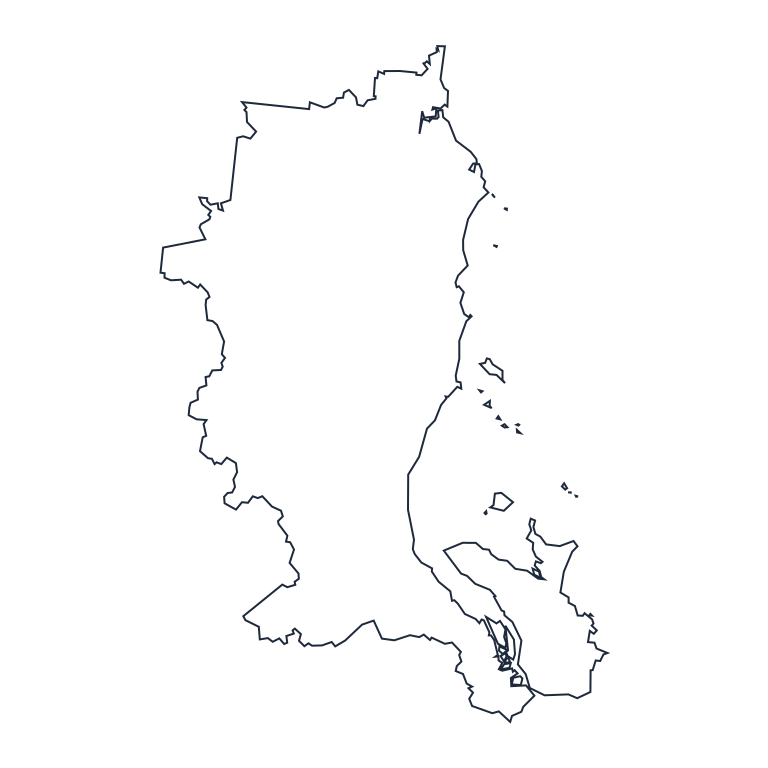 Cassowary Coast, Queensland, Australia (Mercator projection)
{"feature_id": "25037944B15390433377666", "entity_name": "Cassowary Coast", "entity_type": "district", "adm_level": 2, "iso_a3": "AUS", "parent_name": "Australia", "parent_adm1": "Queensland", "projection": "mercator", "projection_center": [145.98, -17.968], "detail": "fine", "context": "isolated", "style": "outline", "palette": "slate", "viewbox_px": 768, "rotation_deg": 0, "n_neighbors": 0, "source": "geoboundaries", "source_scale": "gbopen_adm2", "svg_char_len": 6122}
<svg xmlns="http://www.w3.org/2000/svg" viewBox="0 0 768 768"><path d="M309.9,102.3L309.1,109.1L242.1,102.1L246.5,107.6L244.4,109.9L246.5,112.1L247.0,122.0L256.1,131.6L250.4,138.6L243.1,136.3L237.2,137.8L230.4,200.0L220.9,203.3L223.0,210.6L218.4,209.0L217.8,203.3L210.5,204.7L207.1,201.2L207.2,198.2L199.3,197.4L202.2,204.2L211.1,211.0L208.3,214.9L210.3,216.9L209.4,219.3L200.8,224.3L199.5,227.5L205.4,239.3L163.1,247.6L160.5,272.7L164.6,273.2L164.5,277.7L171.0,280.3L181.1,279.7L184.0,283.8L188.7,281.5L197.9,287.7L200.2,284.5L207.7,292.4L209.5,297.0L206.2,299.5L205.6,304.9L207.4,320.2L212.5,321.0L217.0,324.9L224.1,341.5L221.8,354.2L225.0,357.9L221.4,362.9L222.7,366.7L221.0,370.0L212.3,370.4L209.3,376.3L205.6,377.0L206.4,385.4L199.4,387.9L197.5,391.7L197.9,399.6L190.6,402.8L189.4,407.3L188.7,415.2L196.6,419.3L206.5,420.1L203.6,424.1L206.2,435.8L202.7,437.3L200.0,451.2L208.0,458.2L211.9,458.8L214.6,464.1L216.6,462.3L221.3,464.1L226.8,457.6L235.9,463.1L237.1,472.2L233.4,479.6L235.0,486.9L232.1,492.5L227.6,493.0L224.1,496.8L224.6,503.3L236.0,509.6L242.0,502.2L248.0,502.8L252.8,496.3L257.8,498.1L262.3,496.2L272.0,506.6L281.0,510.7L282.8,516.4L278.0,521.1L278.6,524.1L287.4,535.7L286.0,541.6L290.2,542.3L294.0,549.5L289.6,562.9L298.5,573.5L298.8,578.8L294.6,581.8L295.3,584.8L287.3,587.2L282.3,584.6L243.3,616.2L245.5,620.2L258.8,626.8L259.8,639.4L267.9,638.1L272.7,641.8L279.3,638.4L284.2,644.0L287.2,642.7L286.4,636.0L293.8,633.6L292.6,630.4L294.8,628.6L300.9,634.1L299.0,640.8L304.4,646.2L308.5,643.3L312.0,645.7L322.1,645.4L331.7,642.0L335.2,646.4L345.2,640.5L362.1,624.6L373.7,620.6L381.9,638.6L394.3,640.3L410.0,635.2L419.2,637.1L423.8,634.6L430.0,640.0L431.6,637.6L444.9,643.8L452.0,642.5L460.9,651.9L459.2,655.0L461.4,661.6L456.8,666.0L455.7,671.0L463.0,674.0L466.7,683.6L472.1,686.6L468.5,688.2L473.0,692.6L469.2,698.8L472.1,706.0L492.3,713.2L498.8,711.4L510.2,721.9L512.0,715.9L521.3,711.8L523.3,706.8L534.4,695.7L526.0,685.4L511.3,686.2L510.9,678.0L517.6,673.4L514.6,670.2L512.9,671.7L512.1,668.4L502.2,670.7L498.9,669.2L502.3,662.9L498.6,660.5L498.4,656.4L495.3,656.7L497.8,654.9L494.2,640.1L491.0,635.4L488.8,635.4L489.4,632.4L483.9,620.4L481.6,619.5L479.4,623.2L475.7,619.0L464.9,614.0L457.8,603.6L454.3,600.2L452.0,600.8L450.3,591.3L438.6,581.7L431.8,571.5L432.1,568.4L421.3,562.5L414.7,554.0L412.8,549.1L414.0,539.7L408.0,509.8L408.2,474.6L419.1,456.9L427.0,428.6L435.0,420.3L441.1,404.9L446.5,398.3L445.6,396.5L448.2,396.8L457.3,386.8L461.3,388.7L460.6,382.4L456.5,381.5L455.7,375.7L459.3,358.8L459.3,340.8L466.3,321.3L471.6,316.3L470.3,315.0L468.8,317.2L464.2,314.0L460.4,302.8L463.8,292.3L458.9,286.3L456.7,287.2L455.5,282.5L458.0,275.7L467.7,265.5L463.2,250.2L463.1,239.9L468.1,219.0L478.4,201.7L488.4,192.5L483.6,187.3L485.2,181.3L481.3,176.9L481.9,171.0L479.1,164.1L475.4,164.4L474.0,172.0L469.2,169.6L473.1,163.6L476.9,163.3L476.4,159.1L470.7,151.8L456.0,140.6L448.6,121.8L443.2,117.3L442.4,110.1L437.9,110.6L438.6,117.1L437.0,118.7L431.8,118.6L429.8,121.0L428.8,121.0L422.5,119.0L419.4,133.9L422.2,111.2L424.2,117.7L435.7,116.4L436.4,108.2L432.4,109.6L433.0,107.2L440.5,108.5L444.7,104.6L447.4,106.6L448.0,90.9L444.1,88.0L440.5,79.4L444.9,46.3L437.3,46.1L438.3,50.3L436.6,49.0L436.8,52.1L429.0,55.6L429.8,64.0L426.8,61.3L424.0,63.8L422.9,62.6L427.6,68.9L421.6,75.3L416.3,74.8L416.5,72.6L400.0,71.0L384.3,71.1L384.1,73.9L378.3,71.4L377.2,78.2L375.0,78.0L373.8,96.1L375.6,96.3L375.5,98.8L367.6,100.3L363.4,106.1L357.4,104.7L356.0,97.4L348.9,89.9L343.9,92.6L343.1,97.7L336.7,98.3L334.6,103.0L327.6,106.8L324.2,107.5L309.9,102.3ZM544.2,579.3L538.1,578.6L527.1,570.7L515.3,568.8L507.2,560.8L498.6,559.6L491.3,554.3L489.0,549.7L482.9,549.0L475.9,542.9L462.7,542.8L443.8,550.6L461.1,573.6L467.1,575.9L475.2,583.8L489.9,589.8L495.4,596.1L494.0,596.7L501.6,610.5L504.1,611.5L504.5,615.3L512.4,622.0L521.4,640.6L517.9,664.4L525.7,674.1L529.8,688.0L544.6,695.3L568.4,694.4L577.2,698.2L590.4,692.0L590.6,670.3L592.7,670.1L595.7,660.5L600.2,661.0L603.4,654.5L607.5,653.0L596.5,648.5L594.5,642.7L588.0,642.1L589.8,630.9L593.8,633.8L596.8,630.4L591.7,625.6L593.5,623.5L592.1,619.4L584.6,613.2L582.8,615.8L577.7,615.5L574.9,606.0L568.6,602.7L568.6,597.4L560.4,592.5L563.8,571.8L572.2,551.7L577.5,546.3L573.5,541.0L559.8,546.1L546.1,544.4L540.3,536.6L535.4,533.9L533.4,527.0L535.1,520.5L530.7,518.7L529.3,524.3L531.3,530.4L526.7,538.5L533.2,542.8L532.7,549.4L535.9,556.6L542.5,561.8L540.8,563.2L535.9,561.4L534.7,565.5L539.7,571.0L541.2,577.1L544.2,579.3ZM505.5,629.4L500.0,620.9L496.5,623.4L486.1,616.9L497.9,643.7L505.3,647.8L506.3,643.2L504.1,636.9L505.5,629.4ZM490.3,507.4L503.8,510.8L513.0,502.2L501.4,492.9L494.9,493.6L493.5,505.1L490.3,507.4ZM496.5,374.9L505.0,383.1L502.5,380.0L502.5,370.8L492.6,364.3L489.8,359.2L486.9,358.4L485.1,362.9L479.9,363.9L489.6,374.2L496.5,374.9ZM508.0,650.4L506.0,652.4L507.8,656.1L513.2,659.6L515.0,654.1L513.9,639.5L505.4,625.8L508.0,650.4ZM522.4,678.4L520.2,676.2L513.3,677.8L511.7,684.4L520.8,685.0L522.4,678.4ZM507.4,650.1L499.4,646.4L499.0,650.6L502.7,654.0L507.4,650.1ZM509.4,667.9L510.8,663.1L504.2,664.2L500.8,669.3L509.4,667.9ZM532.6,568.6L534.3,574.7L540.7,577.8L538.9,571.5L532.6,568.6ZM504.0,661.4L506.6,656.3L505.4,653.2L500.6,656.0L504.0,661.4ZM484.1,404.8L491.7,408.1L489.6,406.0L489.9,400.9L484.1,404.8ZM505.2,663.4L510.0,661.8L508.5,658.3L506.0,658.7L505.2,663.4ZM561.9,486.4L565.2,489.6L567.1,488.2L564.1,483.3L561.9,486.4ZM501.9,425.7L504.6,427.5L507.4,427.2L504.5,424.2L501.9,425.7ZM517.1,432.4L520.5,433.2L516.9,429.8L517.1,432.4ZM496.7,418.5L500.3,419.4L498.3,416.2L496.7,418.5ZM493.3,245.2L496.5,246.9L496.9,246.0L493.3,245.2ZM479.4,390.3L481.0,392.4L482.4,391.2L479.4,390.3ZM504.0,208.3L506.8,209.9L506.9,208.6L504.0,208.3ZM486.2,511.2L484.5,513.0L485.6,514.2L486.6,513.5L486.2,511.2ZM589.4,615.2L592.0,615.6L590.4,613.9L589.4,615.2ZM576.2,496.8L578.0,496.4L575.7,495.8L576.2,496.8ZM516.5,424.8L518.4,425.6L519.2,424.8L518.1,424.1L516.5,424.8ZM492.9,195.5L494.9,197.6L492.1,193.8L492.9,195.5ZM570.7,492.3L568.1,492.3L570.7,492.7L570.7,492.3ZM429.9,119.1L429.9,120.4L430.7,119.1L429.9,119.1Z" fill="none" stroke="#1e293b" stroke-width="2"/></svg>